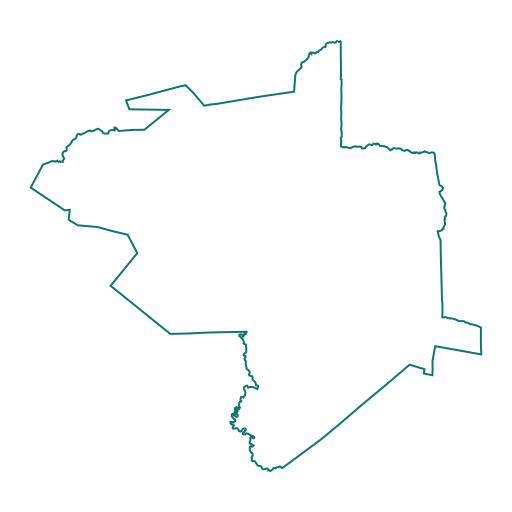 Lupane, Matabeleland North, Zimbabwe (orthographic projection)
{"feature_id": "62879985B9904230629136", "entity_name": "Lupane", "entity_type": "district", "adm_level": 2, "iso_a3": "ZWE", "parent_name": "Zimbabwe", "parent_adm1": "Matabeleland North", "projection": "orthographic", "projection_center": [27.928, -18.869], "detail": "fine", "context": "isolated", "style": "outline", "palette": "teal", "viewbox_px": 512, "rotation_deg": 0, "n_neighbors": 0, "source": "geoboundaries", "source_scale": "gbopen_adm2", "svg_char_len": 6004}
<svg xmlns="http://www.w3.org/2000/svg" viewBox="0 0 512 512"><path d="M90.3,130.6L87.3,131.3L84.3,133.2L83.1,133.4L81.0,134.7L80.4,134.7L79.5,133.9L78.9,133.9L78.2,134.1L77.1,134.9L75.9,138.3L72.6,140.4L71.8,141.2L71.5,142.5L69.7,144.8L66.6,147.2L66.4,147.8L66.7,149.2L66.6,150.6L66.0,151.0L64.3,151.2L62.7,152.7L62.5,153.7L62.5,155.2L63.4,157.3L64.2,158.3L64.0,159.0L63.0,160.3L62.8,161.8L61.2,161.5L60.5,162.0L59.5,161.3L58.4,161.8L57.1,160.7L55.7,161.7L54.2,161.1L53.1,161.4L52.3,161.0L42.9,164.7L30.7,187.6L64.8,210.4L69.8,209.8L68.7,219.8L77.8,225.3L97.4,227.0L112.4,231.1L127.6,234.7L137.3,253.1L110.6,285.8L170.3,333.9L188.4,333.5L208.6,332.5L247.5,331.7L245.7,332.2L245.8,333.9L245.1,334.3L244.3,333.7L244.0,334.2L243.5,336.3L242.8,336.7L242.6,335.3L242.2,334.7L240.2,334.3L239.3,335.0L239.3,335.9L242.8,339.3L243.5,340.4L243.9,342.6L243.5,343.4L246.0,344.7L246.3,350.2L246.2,352.0L243.6,354.7L243.6,355.3L244.4,355.8L245.4,356.0L245.6,357.2L244.5,358.5L244.6,359.3L245.8,361.3L245.7,363.8L246.7,368.9L249.0,370.6L249.7,372.3L249.6,373.3L248.9,374.4L249.3,375.5L252.2,376.4L252.4,377.0L252.7,379.7L255.2,382.1L255.7,383.5L255.9,385.2L257.8,385.6L258.1,386.0L257.9,387.8L257.1,389.0L253.8,387.3L251.9,387.0L250.3,387.0L248.1,387.7L247.2,385.7L245.9,385.8L244.1,387.2L244.0,388.8L245.4,392.0L245.2,393.7L244.9,395.2L243.3,397.6L241.9,396.9L241.1,397.0L240.4,399.5L241.3,401.2L241.3,401.5L239.9,401.8L239.3,402.7L239.1,406.1L239.9,407.7L239.2,408.7L238.2,407.8L236.7,407.1L235.3,407.7L234.9,408.7L235.2,409.9L235.5,410.3L236.4,409.7L236.6,409.3L237.2,409.2L237.5,409.6L237.7,410.9L237.1,411.9L236.7,412.1L236.1,412.2L234.8,411.9L234.8,412.5L234.2,414.1L234.8,414.4L236.0,413.9L236.8,413.8L237.2,414.1L237.8,415.0L237.7,416.1L237.4,416.6L236.8,416.9L235.9,416.6L233.8,415.2L233.2,413.9L232.3,414.0L232.0,414.4L231.6,416.1L233.6,418.6L234.8,419.3L235.4,420.3L235.0,421.4L233.9,422.1L232.4,422.2L231.0,421.7L230.5,421.8L230.4,422.9L231.3,424.5L232.9,424.4L233.6,424.7L233.8,425.5L232.6,427.3L232.7,428.2L233.4,428.7L237.0,428.2L238.1,429.1L239.0,431.1L240.6,431.5L241.4,431.2L241.8,430.8L242.8,428.8L243.5,428.5L244.7,428.4L245.3,428.7L245.8,429.6L245.7,429.9L244.0,432.2L242.7,433.1L242.7,433.6L242.9,433.8L243.8,434.4L244.6,434.4L246.1,433.5L246.9,433.4L248.0,433.7L250.3,435.1L252.6,435.9L253.8,436.6L254.2,437.6L253.8,438.3L253.2,438.3L251.6,437.5L250.8,437.5L250.4,437.8L250.2,438.7L250.4,440.0L250.1,441.3L249.6,442.2L249.6,443.0L249.9,443.7L251.8,444.3L253.6,445.4L253.3,446.3L252.2,446.6L250.6,446.3L250.0,446.7L249.9,447.3L249.8,450.3L251.1,452.5L252.5,453.8L252.7,455.0L252.7,455.6L251.6,457.4L252.0,459.0L251.7,460.2L252.5,461.1L254.5,461.1L255.0,461.4L257.5,465.3L258.7,465.9L260.7,466.1L261.3,466.7L262.2,468.6L262.8,469.2L264.1,469.3L266.1,468.6L267.1,468.5L267.8,469.0L268.3,470.4L269.0,470.1L269.9,470.8L270.5,470.9L272.4,469.6L273.6,468.0L275.4,468.4L276.5,467.5L278.6,467.1L279.7,466.4L280.5,466.6L281.1,467.4L282.2,468.1L320.5,439.8L340.3,423.4L362.5,404.3L384.0,386.5L409.6,364.7L424.5,369.2L423.8,373.5L432.4,375.2L432.6,370.1L432.5,360.8L435.2,346.2L481.3,354.4L480.9,344.7L480.9,327.5L476.3,325.4L474.7,325.2L472.7,324.4L470.3,324.3L467.9,322.7L466.1,322.6L465.1,322.2L464.3,321.3L463.7,321.1L458.8,321.1L456.8,320.0L454.6,319.2L452.1,318.5L449.6,318.4L447.4,317.9L445.7,317.0L443.0,317.5L442.4,317.3L442.2,316.7L442.5,313.3L442.4,304.0L442.0,299.7L440.8,255.4L440.6,240.3L438.9,236.7L437.9,232.0L437.6,231.4L437.8,231.1L439.8,231.1L441.9,230.1L442.6,228.9L443.4,228.9L443.3,228.1L444.9,224.5L445.1,223.7L444.4,219.9L444.9,218.9L444.7,218.2L444.9,216.9L445.2,216.4L446.1,215.7L446.4,213.5L445.6,211.7L445.2,210.0L444.3,208.6L444.3,207.3L445.4,203.4L440.6,195.5L439.7,193.6L439.5,191.7L440.8,191.1L442.2,190.1L442.8,188.7L442.9,187.6L441.4,186.1L439.9,185.4L439.4,184.7L437.3,174.1L435.9,163.6L435.4,162.4L434.8,155.2L434.4,153.3L434.0,153.2L433.5,152.5L432.6,152.6L431.7,152.4L430.4,152.8L428.5,152.9L424.6,151.3L424.3,151.8L422.4,152.2L420.8,152.9L419.9,152.5L419.3,153.5L418.1,153.0L417.1,152.4L415.7,152.5L415.4,153.0L414.8,153.0L414.1,152.3L413.3,152.9L412.5,153.0L411.0,152.5L409.7,150.9L408.7,150.9L407.8,150.0L406.3,150.0L404.7,150.9L402.0,150.1L401.2,149.0L398.8,148.3L397.0,148.7L395.2,148.5L394.4,148.1L393.8,148.1L392.6,148.6L391.9,149.6L391.3,149.6L390.8,150.2L390.2,150.3L389.9,149.7L386.9,147.1L385.2,146.7L384.1,145.9L383.3,146.2L382.5,146.0L379.8,145.8L378.6,144.0L377.7,144.2L377.0,143.5L375.9,144.6L374.9,143.8L373.4,143.7L372.6,144.9L372.0,145.2L369.7,144.4L368.9,144.5L366.2,146.3L364.9,148.2L364.0,148.5L362.0,148.3L361.4,146.9L360.0,146.5L357.2,146.9L356.7,146.4L355.7,146.6L354.7,146.3L353.4,146.9L352.5,146.9L351.9,147.6L350.9,148.0L348.8,147.9L346.1,147.0L345.1,147.4L344.5,147.1L343.9,147.5L340.9,146.4L341.0,143.4L341.3,143.0L341.2,142.1L341.4,141.4L341.1,140.6L340.8,137.7L341.8,136.6L341.5,130.1L341.1,129.7L341.6,124.0L341.1,118.0L341.3,115.2L341.1,106.1L341.4,104.3L341.3,101.0L341.5,99.9L341.3,88.9L341.6,84.0L341.5,79.6L340.7,79.2L341.0,75.4L340.7,41.5L340.3,41.2L339.2,41.9L336.9,41.1L335.6,42.4L334.8,42.8L332.7,42.1L331.2,42.4L329.6,42.4L327.5,42.9L326.2,43.8L325.7,45.2L325.7,45.7L325.4,47.0L324.5,46.9L323.1,47.5L322.1,48.3L321.2,49.6L318.9,50.7L317.8,52.1L317.3,52.2L316.6,52.0L316.3,52.6L315.0,53.5L314.4,53.4L313.7,52.7L313.0,52.5L311.8,53.1L311.5,52.7L311.2,52.7L311.2,53.7L310.8,53.3L310.6,52.6L309.6,53.2L309.6,53.6L308.9,54.7L308.7,56.5L308.1,57.9L305.2,61.0L304.0,61.7L302.4,62.2L301.3,63.3L301.1,64.3L301.2,65.2L301.6,66.3L301.5,67.1L300.7,68.1L296.7,71.9L295.3,75.1L294.1,91.7L260.8,96.5L217.2,103.8L210.5,104.5L204.2,105.7L192.8,92.3L185.6,85.2L179.7,86.5L147.9,95.0L126.0,100.4L129.4,109.3L168.8,109.9L144.3,129.8L132.4,129.9L118.9,131.0L116.4,128.3L115.0,127.4L114.4,127.6L114.4,128.2L115.0,129.4L114.7,130.0L114.3,130.4L113.6,130.0L111.3,130.1L110.1,130.5L108.9,131.2L108.3,133.5L104.3,133.5L102.8,132.8L102.3,131.4L98.5,128.9L97.4,128.9L93.2,130.9L90.7,131.3L90.3,130.6Z" fill="none" stroke="#0f766e" stroke-width="2"/></svg>